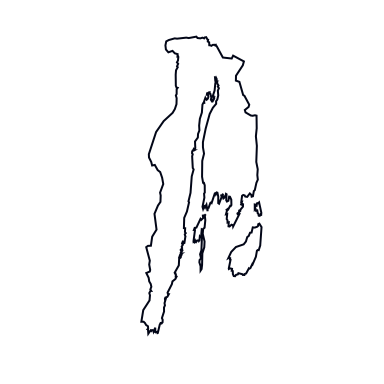 Molde nor, Møre og Romsdal, Norway, rotated 294°
{"feature_id": "86288312B46732094957179", "entity_name": "Molde nor", "entity_type": "district", "adm_level": 2, "iso_a3": "NOR", "parent_name": "Norway", "parent_adm1": "Møre og Romsdal", "projection": "orthographic", "projection_center": [7.48, 62.76], "detail": "fine", "context": "isolated", "style": "outline", "palette": "ink", "viewbox_px": 384, "rotation_deg": 294, "n_neighbors": 0, "source": "geoboundaries", "source_scale": "gbopen_adm2", "svg_char_len": 6116}
<svg xmlns="http://www.w3.org/2000/svg" viewBox="0 0 384 384"><g transform="rotate(294 192 192)"><path d="M52.9,198.5L53.8,200.6L53.1,202.5L51.9,204.0L51.4,206.4L49.4,207.5L48.5,207.2L48.5,207.7L44.8,209.7L48.7,210.4L48.4,211.3L49.6,211.6L49.9,212.8L48.8,213.7L53.1,213.6L49.1,215.4L49.0,216.0L50.2,217.0L49.1,217.9L49.3,218.1L57.6,216.5L59.6,216.6L59.8,216.9L59.6,217.7L61.0,218.1L63.3,217.2L64.6,215.8L71.4,215.1L75.1,213.4L77.4,213.4L79.3,212.1L83.8,211.5L82.9,211.0L83.4,210.7L84.7,210.6L86.2,212.1L89.3,212.4L89.1,211.4L90.2,210.6L99.6,211.1L102.4,210.5L105.7,212.2L108.3,212.3L108.1,211.5L109.6,211.0L109.2,211.5L110.7,210.2L110.4,210.0L111.2,209.0L119.6,209.8L126.4,207.2L126.9,208.0L128.3,208.6L127.4,208.1L127.1,206.9L129.7,206.7L130.4,207.8L130.1,208.0L130.7,208.0L131.2,207.1L131.6,207.4L131.3,206.7L131.6,206.4L133.6,206.8L133.4,206.2L133.9,205.8L135.1,206.7L135.5,206.3L135.2,205.4L136.8,205.8L137.9,204.8L140.0,205.1L140.9,203.8L143.9,203.7L141.3,204.8L142.3,205.8L148.5,204.1L148.3,203.3L148.8,203.9L150.4,202.6L151.9,203.0L152.6,201.8L156.1,200.5L155.7,199.3L165.2,195.4L172.1,195.3L181.4,193.5L182.0,192.6L190.6,191.0L206.2,185.4L213.3,184.3L214.3,182.9L224.7,177.6L226.8,177.3L227.4,176.3L228.9,175.7L230.0,175.7L230.5,176.7L230.9,177.0L230.5,176.1L232.1,176.1L231.9,176.7L232.2,177.1L233.5,177.1L239.4,174.2L244.1,175.2L247.5,173.9L251.3,173.7L255.6,171.5L262.1,169.4L268.6,168.7L276.1,166.0L277.8,166.1L278.4,167.0L279.0,166.6L278.8,166.3L283.6,165.9L282.3,167.9L283.7,168.5L285.6,168.3L287.3,167.0L286.9,166.0L287.7,165.8L287.5,166.6L288.7,166.1L290.1,167.1L290.3,167.6L288.9,167.9L289.1,168.9L286.1,171.3L284.0,171.7L283.2,172.9L284.2,173.0L283.5,174.0L286.2,174.3L286.2,174.9L286.7,173.6L287.7,173.7L287.6,173.0L288.1,172.8L287.7,172.0L293.8,171.4L301.1,169.0L302.6,169.6L302.3,169.1L302.8,168.2L305.9,166.5L305.9,167.1L306.4,167.2L305.3,168.5L304.2,168.3L304.8,168.7L301.1,171.3L300.1,172.9L298.8,172.7L297.8,174.3L295.1,174.4L290.9,176.7L286.8,177.5L284.7,177.1L282.4,178.2L277.5,176.8L270.5,176.4L255.5,178.7L242.0,181.7L237.3,183.8L231.9,187.4L224.6,188.7L210.0,195.0L204.9,198.4L204.7,198.9L205.1,199.3L203.3,200.9L196.7,203.9L195.4,203.7L191.9,205.6L182.8,207.6L181.1,209.0L183.9,208.8L184.4,209.2L183.2,210.3L186.2,210.4L180.8,214.0L183.9,212.8L184.3,213.6L189.6,213.2L190.3,213.7L190.0,214.4L200.0,213.4L200.6,214.0L199.8,214.7L201.6,214.7L201.7,215.5L198.4,217.9L192.5,220.5L192.3,221.5L199.6,221.1L200.8,220.1L201.4,220.9L203.1,221.1L201.2,221.3L198.9,223.3L199.9,223.8L202.0,223.0L201.2,223.6L201.3,224.4L204.1,223.8L204.0,224.5L198.4,226.6L197.5,227.8L198.8,228.8L202.9,227.8L203.1,228.6L201.0,231.0L196.1,233.3L194.9,233.1L194.9,232.5L191.0,232.2L191.7,230.8L191.2,231.6L189.8,230.9L189.6,231.5L185.4,232.1L186.2,233.1L181.4,234.7L180.6,235.9L178.5,236.9L179.3,237.9L175.5,239.3L175.7,240.3L178.2,241.4L178.3,243.0L177.3,243.6L190.3,244.2L189.9,243.8L190.3,242.9L191.4,243.2L191.4,242.5L192.7,243.2L193.8,242.8L193.8,243.6L194.4,243.8L194.8,243.2L199.3,244.5L201.6,243.6L201.7,242.6L200.6,242.5L200.6,241.9L203.5,241.6L203.1,241.0L208.9,239.3L210.1,240.0L210.3,241.5L209.5,242.5L210.0,244.4L214.2,245.4L213.5,247.3L212.0,248.4L212.9,249.4L218.0,248.1L219.3,248.6L226.6,247.1L230.1,247.1L234.0,244.8L239.5,242.8L245.6,238.5L260.5,232.5L268.9,227.7L276.5,225.2L288.0,219.9L287.7,218.3L286.3,216.4L285.8,214.6L286.5,208.5L288.4,206.9L292.7,209.1L295.0,208.8L301.2,200.8L301.4,199.3L311.9,190.5L311.6,186.8L316.1,184.9L328.4,186.9L332.4,186.3L333.3,174.1L330.1,174.0L327.4,165.5L335.3,155.2L335.3,153.8L336.1,153.7L334.9,151.2L333.4,150.2L333.5,149.2L333.1,148.1L335.7,146.8L335.9,145.2L337.6,144.8L337.5,144.2L339.2,142.0L338.3,140.7L337.3,140.6L337.2,138.7L335.8,137.2L334.9,134.4L335.7,132.8L331.3,126.4L330.7,124.0L326.0,116.0L325.3,113.7L321.4,109.0L319.1,107.2L315.1,108.1L311.6,110.2L310.0,113.6L313.0,116.8L311.7,119.9L312.1,122.8L309.9,123.6L310.3,124.1L309.8,124.6L306.4,125.7L304.3,125.5L303.5,127.2L300.7,127.2L300.2,128.2L296.7,127.9L292.5,129.4L282.5,134.0L281.1,135.4L281.3,136.5L279.6,136.2L275.3,138.1L273.6,138.0L271.5,139.8L265.9,142.1L260.8,142.6L256.4,142.1L245.3,137.3L232.2,134.8L209.0,137.2L206.0,138.7L202.9,142.5L200.0,144.8L201.6,147.0L198.0,151.8L197.3,154.8L192.9,158.9L187.6,162.5L178.4,163.1L176.1,164.8L170.1,167.2L165.8,166.4L156.8,166.6L143.2,174.9L135.0,173.8L126.2,176.3L124.9,173.7L123.0,172.6L112.1,181.4L108.3,182.4L103.8,185.5L102.2,185.8L99.4,183.2L96.0,187.3L92.9,189.3L91.2,191.7L88.9,193.4L86.0,193.6L85.1,194.9L84.9,194.3L82.3,194.1L80.6,195.6L75.7,197.3L64.3,195.5L52.9,198.5ZM153.2,252.2L146.4,252.1L147.2,252.7L147.1,253.8L145.7,254.2L145.7,254.8L137.1,256.7L136.7,257.0L137.7,257.7L138.1,259.8L136.4,260.3L136.7,260.7L136.4,261.4L133.7,262.7L132.2,264.3L132.6,265.6L134.2,265.9L135.4,267.4L136.7,267.4L137.4,271.5L136.9,272.1L137.5,273.6L138.4,273.4L139.6,274.6L145.2,275.0L145.0,275.4L146.2,276.3L150.7,276.4L150.5,276.8L158.8,276.7L164.8,275.2L165.8,275.7L166.0,276.6L170.8,276.1L188.2,269.8L190.5,266.4L189.5,265.6L188.0,266.2L186.8,265.7L185.0,263.8L184.4,261.9L179.2,262.9L178.4,261.6L174.9,261.7L173.3,260.8L168.7,261.4L165.2,260.5L159.6,254.5L153.2,252.2ZM159.6,209.1L158.2,209.2L158.6,209.9L158.2,210.3L147.6,213.4L147.1,213.7L147.4,213.9L147.1,214.5L148.7,214.6L148.0,215.2L148.6,215.4L148.1,216.1L149.8,216.5L150.5,217.8L150.1,218.2L150.6,218.3L150.1,218.7L154.4,217.3L154.0,218.0L155.1,218.4L161.8,216.1L161.7,216.7L142.6,224.3L138.4,224.7L136.3,226.3L138.7,226.4L136.0,227.6L133.0,226.6L130.8,227.3L127.7,230.0L123.7,231.8L125.5,232.1L129.4,230.9L140.2,226.4L146.5,225.7L151.9,223.6L158.2,218.8L162.8,217.2L164.5,218.0L171.7,215.6L175.7,213.3L177.2,213.6L174.9,212.6L174.7,212.2L175.1,211.8L174.9,211.5L174.0,212.0L174.1,212.5L173.7,212.9L173.0,212.9L170.3,211.8L170.9,210.7L161.3,210.5L160.5,209.5L159.3,209.7L159.6,209.1ZM206.3,255.5L206.1,254.4L201.9,256.3L202.9,256.5L200.9,258.2L201.7,259.1L199.3,260.7L199.2,261.4L197.5,262.6L197.5,263.1L198.3,263.9L199.5,263.8L199.5,264.4L201.2,263.8L209.8,257.5L208.5,257.0L208.4,256.2L208.0,255.9L204.8,256.9L206.3,255.5Z" fill="none" stroke="#020617" stroke-width="2"/></g></svg>